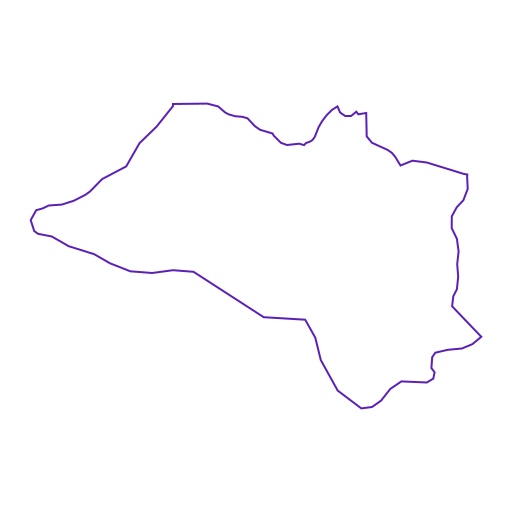 map outline of Ordu (Robinson projection)
{"feature_id": "TUR-2293", "entity_name": "Ordu", "entity_type": "Province", "adm_level": 1, "iso_a3": "TUR", "parent_name": "Turkey", "parent_adm1": "", "projection": "robinson", "projection_center": [37.565, 40.74], "detail": "fine", "context": "isolated", "style": "outline", "palette": "violet", "viewbox_px": 512, "rotation_deg": 0, "n_neighbors": 0, "source": "natural_earth", "source_scale": "10m", "svg_char_len": 1290}
<svg xmlns="http://www.w3.org/2000/svg" viewBox="0 0 512 512"><path d="M173.0,104.0L207.2,103.6L218.1,106.4L225.2,112.5L228.6,114.3L235.0,116.2L242.2,116.8L247.5,118.3L254.8,126.1L260.1,129.8L272.6,133.5L273.7,135.6L280.9,142.8L287.0,145.0L299.2,143.7L304.1,145.1L305.9,143.1L310.2,141.5L312.5,140.0L314.7,137.0L318.7,127.0L322.3,120.9L326.9,114.9L332.1,109.8L337.5,106.4L340.1,112.5L345.2,116.0L351.1,116.0L356.3,111.7L358.3,114.3L366.2,113.0L366.7,136.4L372.0,142.8L387.8,150.0L392.0,153.0L395.1,156.7L400.5,165.5L412.4,160.7L426.8,162.5L463.7,173.9L467.3,174.5L467.1,175.9L467.7,188.9L463.4,200.2L456.8,207.2L451.8,216.3L451.7,228.1L456.9,238.8L458.6,251.4L457.2,264.2L458.2,276.7L456.9,289.2L453.3,296.3L452.1,306.3L481.3,336.8L472.3,344.2L461.9,348.5L447.8,349.8L435.3,352.7L432.2,357.2L431.4,368.1L434.6,372.3L433.3,378.6L426.8,382.5L401.4,381.4L390.3,388.9L381.1,400.6L372.0,407.0L361.3,408.4L337.7,390.6L320.8,360.1L315.3,337.7L305.2,319.7L263.7,317.2L193.5,271.8L173.0,270.2L152.2,273.0L130.3,271.3L110.0,263.3L94.2,254.2L68.7,246.2L51.8,236.5L38.0,233.8L34.2,231.0L30.7,220.1L36.2,210.2L42.7,208.4L48.7,205.5L61.8,204.6L73.9,200.7L85.4,194.8L89.9,191.6L102.1,179.1L126.2,166.4L139.5,143.2L156.7,126.5L172.9,106.2L173.0,104.0Z" fill="none" stroke="#5b21b6" stroke-width="2"/></svg>